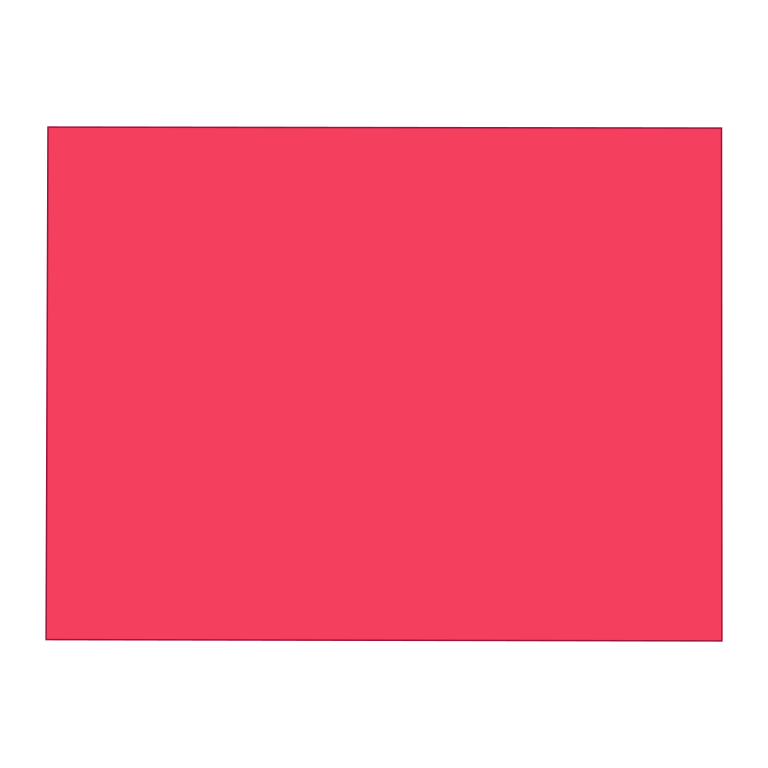 Humboldt, Iowa, United States of America (orthographic projection)
{"feature_id": "52423323B78880616957132", "entity_name": "Humboldt", "entity_type": "district", "adm_level": 2, "iso_a3": "USA", "parent_name": "United States of America", "parent_adm1": "Iowa", "projection": "orthographic", "projection_center": [-94.16, 42.776], "detail": "fine", "context": "isolated", "style": "filled", "palette": "rose", "viewbox_px": 768, "rotation_deg": 0, "n_neighbors": 0, "source": "geoboundaries", "source_scale": "gbopen_adm2", "svg_char_len": 190}
<svg xmlns="http://www.w3.org/2000/svg" viewBox="0 0 768 768"><path d="M721.9,640.9L721.5,128.1L48.0,127.1L46.1,639.6L721.9,640.9Z" fill="#f43f5e" stroke="#9f1239" stroke-width="1.5"/></svg>